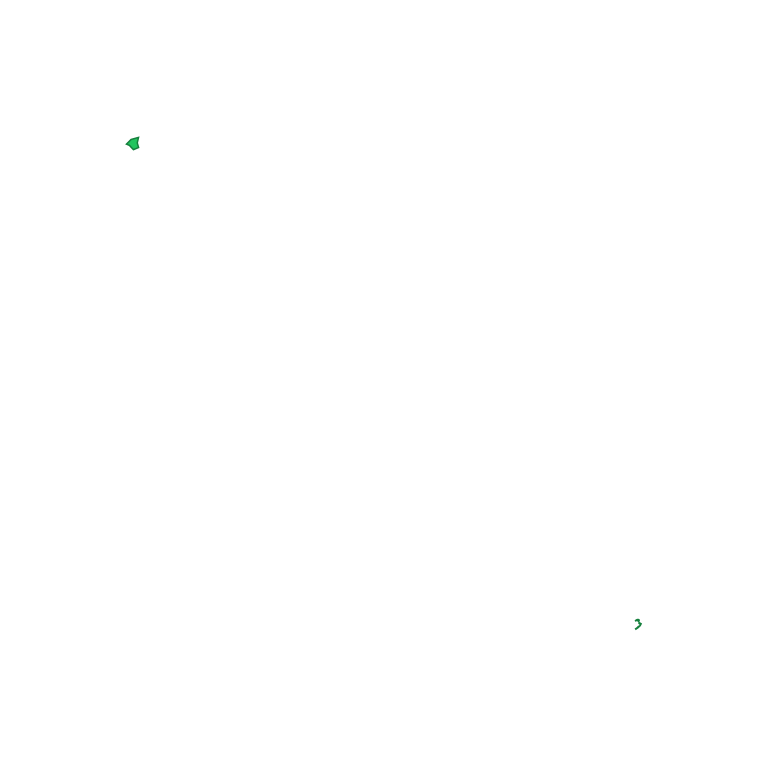 SVG path tracing the border of Indian Ocean Territories, rotated 238°
{"feature_id": "IOA", "entity_name": "Indian Ocean Territories", "entity_type": "country or territory", "adm_level": 0, "iso_a3": "IOA", "parent_name": "Asia", "parent_adm1": "", "projection": "equal_earth", "projection_center": [99.131, -11.315], "detail": "fine", "context": "isolated", "style": "filled", "palette": "green", "viewbox_px": 768, "rotation_deg": 238, "n_neighbors": 0, "source": "natural_earth", "source_scale": "50m", "svg_char_len": 567}
<svg xmlns="http://www.w3.org/2000/svg" viewBox="0 0 768 768"><g transform="rotate(238 384 384)"><path d="M725.4,299.1L723.2,306.5L719.2,302.5L714.6,301.2L715.5,295.7L719.3,294.9L721.2,294.6L723.9,292.7L725.4,299.1ZM43.7,473.4L44.6,474.0L45.8,473.4L46.3,474.0L44.4,475.0L43.3,473.2L42.7,470.2L42.6,467.7L43.1,467.7L43.1,468.7L43.2,469.6L43.6,471.2L43.3,472.4L43.7,473.4ZM49.7,474.7L48.8,475.3L48.0,474.9L47.8,474.5L47.7,474.0L48.6,473.9L49.3,473.4L49.7,472.6L49.8,471.3L50.2,472.6L50.1,473.7L49.7,474.7Z" fill="#22c55e" stroke="#15803d" stroke-width="1.5"/></g></svg>